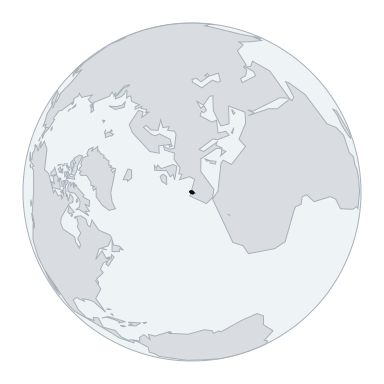 Lugo highlighted on a globe, orthographic projection, rotated 297°
{"feature_id": "ESP-5832", "entity_name": "Lugo", "entity_type": "Autonomous Community", "adm_level": 1, "iso_a3": "ESP", "parent_name": "Spain", "parent_adm1": "", "projection": "orthographic", "projection_center": [-7.286, 43.039], "detail": "fine", "context": "on_globe", "style": "filled", "palette": "ink", "viewbox_px": 384, "rotation_deg": 297, "n_neighbors": 0, "source": "natural_earth", "source_scale": "10m", "svg_char_len": 10346}
<svg xmlns="http://www.w3.org/2000/svg" viewBox="0 0 384 384"><g transform="rotate(297 192 192)"><circle cx="192" cy="192" r="169" fill="#eef3f6" stroke="#a8b0b8"/><path d="M55.7,291.9L50.5,283.2L46.8,276.8L39.7,263.7L30.5,236.9L31.0,232.4L29.9,226.7L33.7,223.4L34.0,211.5L33.0,207.5L31.2,208.8L29.0,193.6L30.0,182.7L32.5,141.4L34.8,134.4L38.0,128.0L55.0,97.5L40.2,121.1L43.7,113.4L49.6,103.4L50.0,103.5L58.9,91.6L64.3,84.3L77.3,72.0L92.0,64.6L88.0,68.0L92.0,66.2L97.2,61.9L99.7,59.7L120.5,50.7L139.0,41.2L141.6,37.9L143.5,39.3L146.4,33.1L154.4,29.6L147.3,34.0L148.1,34.8L154.4,32.3L156.6,32.7L160.9,31.9L162.9,32.7L158.7,35.6L159.9,36.3L164.3,34.6L169.1,34.6L162.4,37.0L170.2,37.4L164.4,43.3L144.9,50.5L143.5,55.8L128.3,69.1L131.6,69.1L127.9,74.6L130.3,76.8L126.8,79.0L131.7,78.9L134.5,76.4L137.5,75.7L139.2,76.9L135.0,79.7L133.6,79.6L133.2,81.1L130.4,82.1L132.8,82.2L127.5,85.9L135.1,84.1L132.9,88.6L128.8,90.5L126.1,87.9L109.9,87.1L104.9,88.9L100.5,93.8L98.7,107.7L94.5,111.1L91.0,117.3L94.7,116.4L98.8,111.3L104.9,111.5L109.1,105.6L112.2,105.0L117.9,100.2L120.3,103.7L119.6,109.9L115.1,114.1L114.6,117.1L121.6,115.5L115.7,126.3L116.4,138.7L114.5,141.5L106.0,141.7L99.2,135.0L88.2,136.8L98.7,138.6L93.8,146.0L94.4,148.7L96.6,150.3L99.7,148.7L98.7,152.1L88.1,151.1L88.8,148.0L92.2,148.3L88.9,145.3L81.7,145.4L79.8,149.5L70.9,146.4L69.4,149.5L66.7,150.7L69.6,146.0L64.2,154.7L53.4,154.6L45.7,169.7L49.7,153.8L48.9,148.3L47.2,143.3L45.8,145.6L45.5,136.8L42.0,135.1L35.8,143.8L32.1,154.8L33.0,163.2L35.4,160.9L37.3,165.7L31.2,174.3L33.8,186.2L30.8,194.6L30.9,202.3L33.3,206.0L35.5,213.3L38.7,211.3L43.1,213.9L41.5,221.7L45.3,217.8L46.9,224.5L56.7,234.7L55.5,235.6L63.5,253.1L74.9,265.6L77.5,273.0L75.9,275.3L80.4,279.1L80.5,281.3L100.9,295.1L113.2,305.2L114.1,312.0L106.3,315.8L105.1,327.2L92.7,323.7L93.6,326.9L90.8,327.2L82.9,321.0L73.1,312.0L64.0,302.3L55.7,291.9ZM43.1,174.0L46.2,191.6L42.2,186.3L43.4,186.2L43.1,180.7L41.7,172.9L38.8,168.8L43.1,174.0ZM49.5,171.1L48.8,168.7L49.8,170.5L49.5,171.1ZM100.5,58.7L97.1,61.9L91.6,65.7L94.1,63.0L100.5,58.7ZM111.3,52.3L110.4,53.7L106.0,55.0L107.9,53.8L111.3,52.3ZM143.0,35.7L139.9,37.2L142.2,35.6L143.0,35.7ZM161.2,31.6L161.4,31.1L163.5,30.9L161.2,31.6ZM116.2,98.7L117.0,99.5L115.5,99.9L116.2,98.7ZM117.8,96.0L115.5,96.0L116.0,94.8L117.4,94.8L117.8,96.0ZM168.6,32.1L172.0,32.1L167.8,32.6L168.6,32.1ZM120.5,96.3L117.0,92.6L117.9,90.4L123.9,88.8L120.5,96.3ZM173.5,32.5L181.8,32.9L182.9,31.7L184.3,35.7L176.8,33.8L171.4,34.4L174.1,33.3L173.5,32.5ZM134.6,75.2L131.8,77.8L132.6,74.6L134.6,75.2ZM134.4,73.4L132.6,65.4L137.6,62.4L137.2,65.6L142.5,61.1L145.8,63.5L143.7,66.5L139.8,67.9L144.0,67.9L134.4,73.4ZM183.7,38.0L185.1,38.7L182.9,38.6L183.7,38.0ZM138.8,75.1L138.0,73.7L142.3,70.9L144.7,73.4L142.6,73.5L138.8,75.1ZM142.2,58.9L145.9,57.4L149.6,58.9L151.5,58.6L146.4,63.4L142.2,58.9ZM142.4,74.7L145.9,74.7L145.4,77.2L139.9,76.4L142.4,74.7ZM142.4,69.2L144.6,68.1L144.2,69.5L142.4,69.2ZM145.4,86.2L144.4,84.3L146.5,82.6L145.4,86.2ZM147.2,74.6L147.3,73.8L148.1,73.0L150.2,73.6L147.2,74.6ZM149.3,64.2L150.1,65.2L151.6,62.3L154.5,63.5L150.5,66.6L153.4,65.8L154.3,66.2L150.1,68.2L149.3,64.2ZM154.5,71.8L150.4,76.4L152.0,80.2L150.1,81.8L148.0,75.4L154.5,71.8ZM152.3,69.5L153.2,71.3L150.4,72.1L148.0,71.5L152.3,69.5ZM157.8,63.4L154.5,60.7L155.4,60.2L157.8,63.4ZM155.5,72.7L156.4,71.6L155.9,72.9L155.5,72.7ZM157.7,66.0L156.4,65.1L157.5,64.5L157.7,66.0ZM159.4,70.3L158.1,71.7L156.4,71.3L159.4,70.3ZM159.1,68.2L161.0,67.6L156.6,70.2L158.3,67.9L159.1,68.2ZM159.0,65.6L159.2,64.9L159.4,66.1L159.0,65.6ZM166.4,71.4L161.4,74.9L157.7,73.8L163.1,70.5L166.4,71.4ZM289.2,53.8L289.0,53.6L290.8,55.1L287.9,53.2L295.1,58.8L291.3,56.3L298.8,62.3L300.2,62.8L295.3,58.5L303.5,65.2L313.3,74.3L322.2,84.4L330.4,95.1L337.7,106.4L344.0,118.3L349.4,130.6L348.5,128.5L351.1,135.8L349.2,131.4L346.0,128.1L348.8,138.8L354.4,162.8L358.0,175.4L358.6,185.2L352.3,175.7L346.9,165.8L346.3,170.8L338.4,168.3L329.6,182.8L326.9,181.0L325.5,185.4L319.8,187.1L315.1,183.7L312.3,187.2L324.4,195.9L327.3,192.1L327.6,182.9L330.6,187.2L336.0,186.6L335.2,206.2L319.7,236.1L315.8,227.4L291.6,209.6L291.0,205.9L290.8,205.5L290.4,205.0L290.6,211.5L285.6,207.5L301.1,222.5L304.8,230.2L319.5,237.0L318.7,239.5L322.8,239.6L332.7,225.4L333.3,228.7L330.1,248.8L314.1,281.2L314.9,291.2L311.4,301.3L298.5,314.3L296.7,319.8L289.6,325.3L287.1,328.6L279.7,334.3L268.5,341.1L252.6,347.3L253.9,345.4L249.6,343.1L244.5,331.9L251.0,323.1L250.6,317.2L238.8,305.2L241.6,295.4L237.8,292.3L230.4,294.8L225.8,290.8L221.1,291.4L190.0,297.6L179.1,291.4L162.7,270.3L167.3,261.9L165.6,251.4L195.2,213.4L204.3,214.8L230.8,204.8L234.6,205.4L234.5,214.7L256.8,219.0L260.4,209.9L277.7,208.5L287.2,203.0L285.2,185.5L269.6,194.1L263.9,187.8L274.0,174.2L287.2,166.9L285.4,164.3L274.6,162.7L275.0,155.3L270.5,161.8L274.3,163.4L271.5,167.7L267.9,166.5L268.2,163.8L263.6,164.7L263.3,178.0L267.1,181.2L256.3,188.5L261.5,194.5L259.5,199.3L249.9,190.8L248.9,186.6L233.2,179.0L233.3,184.0L248.1,191.7L244.6,192.0L244.9,199.4L241.9,194.0L225.6,184.8L214.3,190.5L204.1,210.4L196.6,212.8L188.2,210.1L187.5,192.0L204.5,188.7L204.5,182.8L197.2,175.3L203.0,175.1L202.2,171.9L208.2,170.3L213.1,161.0L218.7,158.8L217.0,148.5L219.7,146.2L219.9,152.8L223.1,156.4L236.5,151.4L238.1,148.4L235.9,142.3L239.9,142.0L236.1,136.8L242.1,131.4L231.6,133.8L228.7,127.4L230.4,120.8L227.6,119.3L224.9,130.0L225.5,134.0L229.0,136.6L229.1,148.6L225.2,151.9L218.0,141.5L211.7,145.2L208.9,135.9L218.0,111.7L223.6,105.4L240.4,107.3L241.2,112.0L235.5,113.4L244.0,117.5L241.7,114.5L245.1,114.4L243.2,108.7L245.4,108.4L239.8,103.7L242.4,102.7L245.9,105.7L245.3,97.0L249.7,93.8L248.4,92.0L245.9,91.1L253.1,88.0L251.9,86.8L249.1,87.4L244.8,85.6L240.1,81.3L242.8,80.5L244.9,81.9L253.4,83.8L258.5,88.1L259.2,87.4L255.4,83.5L245.0,81.1L241.4,78.8L246.2,79.3L244.2,78.9L243.3,77.5L244.9,75.5L239.5,74.8L225.5,62.3L227.3,57.6L233.2,59.1L226.2,50.8L228.8,46.9L226.2,47.3L221.1,44.1L220.2,45.3L218.6,45.2L205.1,38.6L204.1,36.7L195.4,35.1L194.0,35.4L194.3,36.7L184.3,35.7L182.9,31.7L186.1,31.2L183.1,29.4L190.6,28.6L195.5,27.4L205.5,28.1L208.5,27.4L207.0,26.8L209.9,25.8L221.2,26.2L218.8,28.2L203.2,29.8L210.1,29.1L210.5,30.1L214.3,30.5L219.0,30.2L218.3,29.6L236.1,35.0L251.5,38.4L245.6,35.1L245.8,34.1L258.1,37.1L284.1,50.5L284.6,50.7L289.2,53.8ZM188.4,233.4L188.4,236.8L188.4,233.4ZM303.6,167.1L309.9,161.6L302.9,154.5L304.7,151.9L301.6,150.6L302.3,154.1L294.2,150.0L295.3,144.5L292.4,140.9L290.1,142.7L289.3,153.6L301.0,159.3L301.3,164.7L303.6,167.1ZM57.0,234.9L58.0,237.6L56.3,236.0L57.0,234.9ZM40.5,188.6L41.7,191.1L42.0,193.6L40.8,192.2L40.5,188.6ZM53.5,207.8L55.5,210.9L52.9,209.0L53.5,207.8ZM47.0,194.2L51.9,205.5L47.1,202.7L44.2,195.6L46.9,198.6L47.0,194.2ZM46.6,174.6L47.1,176.6L46.2,177.6L46.6,174.6ZM50.3,172.5L49.9,172.0L50.1,170.1L50.3,172.5ZM94.4,146.1L95.2,146.3L97.0,148.4L95.1,148.5L94.4,146.1ZM110.8,152.1L108.9,157.4L109.0,153.5L106.0,154.5L102.6,147.8L113.4,142.5L109.1,146.0L110.8,152.1ZM101.0,138.0L101.9,142.5L100.4,137.8L101.0,138.0ZM191.5,156.6L194.8,158.2L194.2,162.3L187.1,166.1L187.8,160.2L191.5,156.6ZM199.5,159.7L194.4,148.9L198.6,146.4L197.1,149.6L200.4,149.0L198.9,154.0L207.9,162.7L208.0,166.9L194.9,171.0L199.1,167.2L195.7,165.7L199.5,159.7ZM173.7,128.9L171.6,125.1L183.5,124.5L184.2,128.2L177.1,131.9L172.2,129.8L173.7,128.9ZM131.9,94.6L130.3,93.8L131.5,92.9L133.8,92.8L131.9,94.6ZM144.8,85.5L140.2,97.3L138.1,96.9L137.9,104.7L132.4,106.9L132.7,101.7L128.3,109.4L126.3,105.6L123.9,111.1L125.2,99.2L123.3,96.4L127.5,98.6L132.7,96.6L134.3,94.9L137.6,88.1L136.0,81.4L140.8,78.7L144.7,78.6L145.8,79.8L142.3,81.1L146.3,81.8L142.1,84.6L144.8,85.5ZM187.0,83.7L182.4,83.9L189.8,87.3L185.6,89.5L186.7,89.8L184.9,92.8L184.6,97.2L182.3,97.7L183.2,99.2L182.0,101.4L182.4,103.6L178.4,105.5L178.6,108.5L176.6,107.7L178.0,112.4L175.1,109.8L173.3,112.7L177.1,113.7L154.3,120.0L146.9,125.3L142.4,131.4L138.0,126.5L139.5,118.0L144.3,108.8L152.0,104.7L148.7,103.4L151.4,101.2L152.9,103.1L152.1,98.8L154.8,97.5L159.0,90.5L156.3,85.5L157.8,83.0L160.2,84.3L160.0,80.9L165.5,81.7L166.7,80.0L173.3,79.3L177.2,83.1L178.2,81.0L183.3,80.6L187.0,83.7ZM168.3,71.4L173.9,75.0L174.3,78.1L162.7,78.1L160.8,79.5L153.3,80.0L152.8,75.6L155.0,75.8L157.0,75.0L156.4,76.7L158.4,74.8L161.5,75.1L163.9,73.8L165.0,75.3L168.3,71.4ZM237.1,201.1L239.8,200.7L243.4,199.1L243.6,203.9L237.1,201.1ZM226.0,195.0L228.1,193.8L230.2,199.5L227.5,200.1L226.0,195.0ZM227.5,188.5L228.0,193.3L226.1,191.1L227.5,188.5ZM221.7,151.5L223.7,150.0L224.6,151.3L224.3,153.8L221.7,151.5ZM207.9,95.7L205.3,95.0L205.4,94.0L201.2,90.2L204.0,88.5L207.6,90.1L207.9,95.7ZM283.6,189.8L281.9,194.4L280.0,193.7L281.0,192.3L283.6,189.8ZM262.6,200.2L268.3,200.0L262.6,201.5L262.6,200.2ZM210.2,93.2L208.2,91.8L210.8,91.8L210.2,93.2ZM205.8,87.1L208.6,86.7L203.9,87.9L205.8,87.1ZM329.9,283.8L316.5,305.0L311.6,309.5L312.9,306.3L319.4,295.1L325.9,287.1L329.8,280.0L329.9,283.8ZM358.3,176.0L359.9,180.2L359.9,183.9L358.3,176.0ZM230.9,78.9L233.7,85.9L237.5,90.3L242.5,91.6L236.6,93.0L230.7,86.2L230.9,78.9ZM225.9,64.3L221.5,63.6L222.5,62.2L223.7,62.2L225.9,64.3ZM223.8,65.0L220.0,67.4L217.0,65.9L220.6,64.3L223.8,65.0ZM215.4,79.8L216.0,81.9L213.8,81.7L215.4,79.8ZM259.4,37.1L252.5,34.4L247.6,32.5L248.0,32.6L255.9,35.6L256.2,35.7L257.3,36.2L259.4,37.1ZM249.1,33.2L251.2,34.2L244.1,33.9L241.3,33.5L244.2,32.0L246.3,33.0L248.9,33.5L249.1,33.2ZM186.3,38.0L185.2,38.6L185.0,37.8L186.3,38.0ZM218.2,45.9L215.9,45.8L215.7,44.7L218.2,45.9ZM209.5,44.9L211.4,46.2L208.3,45.1L209.5,44.9ZM215.6,49.3L211.5,46.9L217.1,48.8L215.6,49.3Z" fill="#d9dde1" stroke="#a8b0b8" stroke-width="1"/><path d="M191.1,190.0L191.2,189.9L191.3,189.9L191.3,190.0L191.5,190.0L191.8,190.1L192.0,190.4L192.0,190.5L192.1,190.4L192.2,190.5L192.3,190.5L192.4,190.4L192.5,190.5L192.4,190.8L192.2,190.9L192.2,191.0L192.3,191.0L192.5,191.2L192.5,191.4L192.6,191.5L192.8,191.7L193.0,191.7L193.0,191.8L192.9,191.8L192.7,191.9L192.7,192.0L192.8,192.1L193.0,192.2L193.0,192.3L192.9,192.5L192.8,192.8L192.7,192.9L192.5,193.0L192.5,193.3L192.5,193.5L192.4,193.7L192.3,193.8L192.2,194.1L192.1,193.9L191.9,193.8L191.7,193.8L191.4,193.9L191.1,193.7L190.9,193.7L190.7,193.6L190.7,193.4L190.7,193.2L190.7,192.9L190.5,192.7L190.5,192.4L190.7,192.2L190.6,191.9L190.5,191.5L190.6,191.4L190.6,191.2L190.7,190.9L190.8,190.9L191.0,190.6L191.1,190.4L191.1,190.2L191.1,190.0Z" fill="#0f172a" stroke="#020617" stroke-width="1.5"/></g></svg>